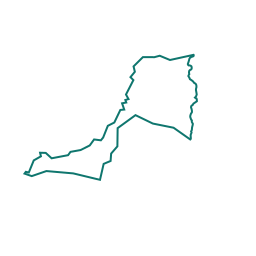 outline of Ezo, Western Equatoria, South Sudan, rotated 216°
{"feature_id": "79223893B74346966367837", "entity_name": "Ezo", "entity_type": "district", "adm_level": 2, "iso_a3": "SSD", "parent_name": "South Sudan", "parent_adm1": "Western Equatoria", "projection": "natural_earth1", "projection_center": [27.738, 5.603], "detail": "fine", "context": "isolated", "style": "outline", "palette": "teal", "viewbox_px": 256, "rotation_deg": 216, "n_neighbors": 0, "source": "geoboundaries", "source_scale": "gbopen_adm2", "svg_char_len": 1688}
<svg xmlns="http://www.w3.org/2000/svg" viewBox="0 0 256 256"><g transform="rotate(216 128 128)"><path d="M184.9,32.5L184.9,30.3L177.6,32.5L168.7,45.2L145.6,59.1L120.2,69.6L126.2,83.7L126.6,84.7L122.7,91.1L126.6,97.4L125.8,106.9L136.3,121.8L129.5,142.8L110.5,146.2L91.3,155.0L70.9,155.3L70.8,155.8L70.9,156.0L71.1,156.6L72.8,158.6L73.4,159.6L73.7,161.0L74.0,161.8L74.9,162.3L75.2,163.9L76.5,166.1L77.5,168.6L78.0,169.5L79.9,170.4L80.4,171.0L80.8,171.7L81.5,171.8L82.0,172.0L84.1,173.5L84.7,174.3L85.2,175.6L85.5,176.7L85.5,177.7L85.6,178.4L86.3,179.4L87.9,180.9L88.3,181.1L89.3,181.9L89.7,183.0L89.6,183.8L89.2,184.4L89.4,186.2L89.1,187.0L88.0,190.1L88.3,190.5L88.9,191.3L89.9,192.1L90.5,192.0L91.2,191.9L91.7,192.0L91.6,192.3L91.6,192.8L91.6,193.8L92.1,195.5L93.4,196.8L95.4,198.7L96.0,199.7L96.7,201.4L97.7,202.6L98.6,203.3L99.5,203.5L100.5,203.5L101.3,203.4L102.5,203.9L104.0,204.0L105.3,204.0L106.6,203.9L108.0,204.8L109.2,205.3L109.7,205.5L109.9,206.0L110.0,206.7L110.0,207.5L111.1,208.5L112.0,210.0L112.0,211.1L111.4,212.3L111.3,212.9L111.5,213.6L112.3,214.7L113.1,215.2L113.9,215.2L115.1,214.8L115.7,214.3L116.5,214.4L117.2,214.9L117.8,216.8L118.5,218.8L119.1,220.4L119.1,221.2L118.7,222.1L118.5,223.1L117.7,223.7L117.3,224.7L117.7,225.4L117.7,225.6L118.0,225.7L134.0,207.7L144.8,205.1L148.3,200.8L157.6,194.1L159.7,181.1L155.5,177.5L155.9,170.6L151.8,169.9L149.3,153.9L144.6,151.7L146.6,149.1L144.4,147.6L147.3,144.5L141.9,140.7L144.8,138.1L142.3,124.4L145.6,117.9L142.5,105.7L142.7,102.1L148.7,98.8L148.7,91.4L153.4,82.3L160.5,74.9L160.5,70.8L172.0,58.6L179.9,59.5L184.6,56.3L181.8,53.9L185.2,46.4L182.1,33.7L184.9,32.5Z" fill="none" stroke="#0f766e" stroke-width="2"/></g></svg>